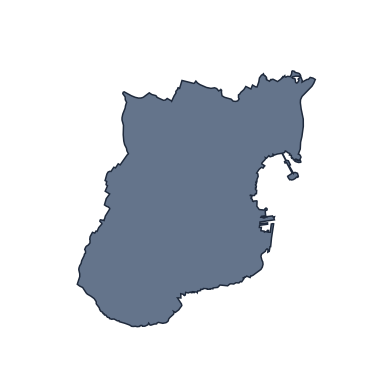 the district of Kota Surabaya, Jawa Timur, Indonesia, rotated 108°
{"feature_id": "22746128B68603538827891", "entity_name": "Kota Surabaya", "entity_type": "district", "adm_level": 2, "iso_a3": "IDN", "parent_name": "Indonesia", "parent_adm1": "Jawa Timur", "projection": "albers", "projection_center": [112.731, -7.274], "detail": "fine", "context": "isolated", "style": "filled", "palette": "slate", "viewbox_px": 384, "rotation_deg": 108, "n_neighbors": 0, "source": "geoboundaries", "source_scale": "gbopen_adm2", "svg_char_len": 6049}
<svg xmlns="http://www.w3.org/2000/svg" viewBox="0 0 384 384"><g transform="rotate(108 192 192)"><path d="M119.9,288.2L122.2,285.0L125.0,283.9L126.9,281.9L130.5,281.9L132.9,281.5L139.3,281.9L143.0,281.5L145.2,280.8L149.7,277.8L158.8,275.1L164.5,272.7L167.8,270.7L170.6,267.9L173.0,266.6L175.3,264.3L176.7,265.1L188.4,268.7L188.0,270.9L192.7,272.2L192.6,274.0L197.5,275.4L197.8,276.7L199.0,278.0L201.2,278.5L208.0,278.2L208.3,276.4L211.6,276.0L212.2,274.3L218.1,274.8L219.3,269.7L224.8,271.5L231.3,271.3L232.0,268.9L232.1,267.0L232.9,265.3L233.5,265.0L241.7,267.0L244.5,266.8L245.3,267.1L246.3,266.8L246.7,270.4L247.1,270.7L248.3,270.6L249.6,268.1L250.4,267.9L254.7,269.7L258.8,270.1L258.8,271.2L261.1,271.8L261.1,274.2L266.0,275.1L268.7,274.6L269.3,274.1L272.0,273.3L274.4,274.2L276.2,275.7L277.4,276.1L279.8,276.3L281.1,275.0L283.2,274.4L284.3,275.1L285.9,274.9L291.4,275.7L294.2,275.4L296.9,276.0L299.4,276.0L301.0,275.6L304.5,273.5L307.2,272.6L315.2,272.6L316.2,269.6L316.6,266.5L320.8,261.3L321.5,259.9L322.3,256.0L323.6,252.1L325.9,249.2L327.9,248.5L330.8,244.4L332.1,243.6L333.5,242.1L334.1,239.7L335.0,239.1L335.0,238.1L335.2,237.7L335.7,237.7L336.0,237.0L335.7,235.9L337.2,233.8L337.1,231.7L337.9,231.3L337.8,228.8L337.3,228.2L336.9,226.6L337.6,223.2L337.0,221.7L337.8,221.1L337.6,215.4L337.8,210.1L338.4,207.9L338.0,206.2L337.2,204.3L337.0,202.4L336.0,200.2L335.0,199.9L334.5,198.9L334.4,198.2L335.0,197.7L334.2,195.4L331.9,192.9L330.1,192.7L331.5,190.8L331.3,189.9L329.2,187.0L328.4,184.9L327.3,184.7L326.4,183.7L325.9,179.2L324.3,176.3L323.0,175.3L322.0,174.8L319.9,174.9L318.3,174.3L314.0,171.8L312.0,171.8L311.3,172.5L311.6,170.6L308.2,168.2L303.2,166.6L301.8,167.4L297.2,173.1L296.2,169.8L292.2,171.3L292.0,168.5L292.6,168.0L292.8,167.2L292.1,166.6L289.4,167.0L289.2,164.4L287.9,162.9L287.5,161.8L288.0,161.6L287.8,160.9L286.7,160.9L286.5,160.2L287.2,160.0L286.9,158.7L286.2,158.8L285.7,156.4L286.1,155.9L284.5,156.0L283.1,153.4L281.9,153.7L281.2,151.6L280.3,151.4L279.3,147.8L279.8,147.5L278.8,144.7L278.5,144.9L278.1,144.2L277.6,142.2L276.7,142.3L274.8,138.1L271.8,136.6L270.2,129.1L268.1,127.8L267.3,126.8L266.6,123.8L264.7,122.2L264.0,119.3L262.1,118.2L262.1,117.0L258.3,115.8L257.9,116.8L257.6,116.7L257.4,115.9L256.4,115.4L256.5,114.8L255.1,114.0L255.4,110.3L253.5,110.1L253.5,109.5L252.4,108.3L244.3,102.5L241.7,101.9L238.8,102.1L236.6,103.1L235.3,104.4L232.0,106.5L229.7,106.7L225.7,103.9L224.5,103.9L222.9,103.1L222.9,102.4L223.6,101.8L225.8,101.3L224.6,100.2L219.9,100.9L219.7,100.3L211.0,102.2L197.0,104.5L197.0,105.1L197.9,106.7L206.1,105.1L206.7,106.9L204.9,107.3L205.1,108.3L205.4,108.6L206.7,108.3L206.9,109.1L206.6,109.2L206.9,109.2L207.1,110.2L207.7,110.8L206.9,111.3L207.5,114.5L204.2,115.1L204.9,117.0L202.8,117.4L199.3,110.1L198.0,110.6L201.1,117.7L199.5,118.1L193.0,105.0L191.7,105.9L190.0,105.9L190.7,107.1L189.9,108.1L192.2,113.0L192.7,113.0L192.5,113.5L192.9,113.8L192.4,114.0L193.0,115.5L194.2,115.0L194.5,115.6L193.8,115.9L194.0,116.5L195.0,116.3L194.2,116.9L194.8,116.8L194.3,117.0L194.8,118.7L193.7,118.5L191.8,114.6L188.0,116.3L186.8,116.2L186.2,115.2L185.6,115.1L184.8,115.4L184.4,116.1L184.4,116.7L185.7,117.5L186.2,117.3L186.9,118.0L187.9,122.6L185.6,125.9L180.6,127.3L180.4,127.7L181.5,130.4L182.1,130.7L182.0,131.5L180.2,132.5L180.0,133.8L179.2,134.0L178.3,133.5L177.5,133.8L177.4,135.5L176.9,135.5L176.6,133.0L176.0,131.5L174.0,131.1L173.7,130.2L170.4,131.0L170.1,132.3L168.8,132.8L168.3,132.9L168.3,132.3L166.4,132.6L166.1,133.5L165.2,133.9L164.6,133.3L163.4,133.5L163.3,134.2L162.1,134.2L162.0,133.5L159.9,134.1L156.7,133.9L154.4,135.0L154.0,136.4L149.8,135.2L147.5,133.9L147.1,133.4L147.3,131.8L145.7,131.3L144.9,131.7L144.7,130.3L143.7,134.4L142.6,134.4L138.8,132.6L137.4,132.3L136.7,132.8L136.9,131.6L133.7,130.1L134.4,128.6L132.6,126.0L131.1,126.7L131.1,125.8L131.5,125.2L129.4,122.4L127.4,118.4L133.1,112.5L134.6,113.4L135.7,112.4L134.8,111.2L143.2,102.5L147.5,105.9L148.6,105.0L150.2,102.8L149.7,102.0L149.8,101.0L149.0,99.6L146.9,97.7L146.0,97.5L145.1,96.6L145.4,96.2L144.9,95.7L144.2,95.7L141.6,97.5L141.5,100.1L142.4,101.2L142.9,101.2L136.9,107.8L135.8,106.8L132.5,110.0L132.6,112.0L132.9,112.2L127.2,118.0L125.8,116.1L124.2,116.0L124.1,115.4L125.0,113.0L125.2,110.9L126.7,110.8L126.5,108.8L128.5,108.2L129.1,107.6L128.5,106.9L130.1,105.4L128.6,103.3L128.7,100.3L128.5,99.8L127.7,99.4L125.3,99.1L124.5,99.6L123.1,101.3L123.1,102.6L117.7,102.3L111.0,104.1L105.3,104.6L95.2,106.4L88.3,108.7L79.2,113.9L73.7,116.5L70.7,117.3L67.1,116.9L54.3,110.6L50.9,109.8L46.9,109.5L46.3,112.1L46.5,115.0L48.9,116.1L49.4,117.4L53.5,121.3L51.9,121.6L49.1,123.9L51.2,125.8L51.9,125.9L52.5,124.9L53.0,124.8L55.4,125.4L56.1,126.3L55.7,127.4L52.6,128.9L52.7,131.6L52.2,132.3L51.1,131.7L50.8,130.5L49.9,129.6L48.4,124.4L47.5,124.8L46.3,126.3L46.1,127.4L46.4,130.9L45.6,131.7L45.7,133.7L46.3,134.3L49.2,133.8L51.9,134.2L52.5,136.9L53.8,138.3L53.7,139.1L52.7,139.7L54.0,140.4L54.1,141.2L54.5,141.3L54.7,140.8L55.6,141.2L55.7,141.8L57.3,142.4L60.5,144.8L59.7,149.9L60.4,150.7L60.5,151.4L61.0,151.5L60.9,151.9L62.7,152.5L62.2,155.7L61.7,155.7L61.4,156.4L60.7,156.2L59.8,156.8L59.1,158.6L58.8,158.6L58.7,159.6L57.5,160.6L59.0,161.4L59.3,162.0L62.7,163.1L66.6,162.5L72.0,162.6L72.3,164.1L71.6,167.5L75.8,167.8L75.0,173.4L78.6,174.3L82.2,176.4L83.9,176.8L85.3,177.8L88.0,176.9L88.9,175.9L91.2,176.7L92.3,178.3L92.9,180.9L91.6,183.4L91.9,190.3L91.2,193.2L88.1,194.8L86.1,195.3L85.6,196.2L86.5,196.4L86.6,197.0L87.6,197.9L86.0,200.5L85.9,202.7L87.6,206.0L88.1,210.5L87.4,217.7L86.6,220.5L85.3,222.6L87.8,223.4L88.2,224.0L89.0,236.0L97.3,235.8L97.1,237.4L97.7,237.7L98.9,237.3L100.2,238.2L101.9,238.4L102.6,237.8L106.0,238.7L112.0,239.4L111.7,239.8L110.7,244.5L112.7,245.7L113.6,247.4L112.8,254.6L112.1,255.1L111.5,256.2L111.7,260.3L110.9,263.3L117.0,267.6L118.3,269.4L119.2,271.8L119.5,275.2L119.2,279.4L117.7,287.5L118.5,288.3L119.9,288.2ZM130.8,103.8L131.1,102.5L131.0,99.7L130.3,98.1L129.8,97.7L128.2,98.9L129.2,100.1L129.3,103.5L129.9,103.9L130.8,103.8Z" fill="#64748b" stroke="#1e293b" stroke-width="1.5"/></g></svg>